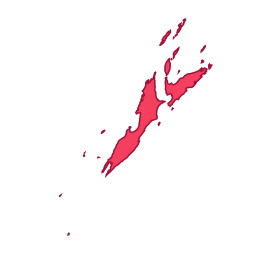 outline of Ko Yao, Phangnga, Thailand, rotated 38°
{"feature_id": "78962969B39979274143767", "entity_name": "Ko Yao", "entity_type": "district", "adm_level": 2, "iso_a3": "THA", "parent_name": "Thailand", "parent_adm1": "Phangnga", "projection": "equal_earth", "projection_center": [98.565, 7.992], "detail": "fine", "context": "isolated", "style": "filled", "palette": "rose", "viewbox_px": 256, "rotation_deg": 38, "n_neighbors": 0, "source": "geoboundaries", "source_scale": "gbopen_adm2", "svg_char_len": 5821}
<svg xmlns="http://www.w3.org/2000/svg" viewBox="0 0 256 256"><g transform="rotate(38 128 128)"><path d="M116.9,70.8L115.7,67.3L115.2,67.2L115.1,68.0L117.4,73.7L117.1,75.1L116.3,74.9L116.2,75.2L117.2,78.2L116.4,79.4L116.3,80.6L115.6,81.0L115.2,80.4L115.0,79.3L115.6,78.6L115.2,78.2L115.1,77.5L114.4,77.6L114.2,78.9L113.9,79.3L114.1,80.0L113.9,80.7L114.2,81.4L115.1,82.4L116.2,84.7L116.8,88.6L116.3,89.7L116.6,90.1L117.9,90.1L119.5,91.6L120.0,91.5L120.3,92.5L120.6,92.1L120.8,92.5L120.4,93.0L120.6,93.4L119.2,92.9L119.0,93.6L120.3,95.7L120.5,97.0L121.0,97.8L121.5,97.7L122.2,96.6L122.8,97.5L122.3,98.6L121.6,98.8L121.8,100.7L122.8,102.1L122.6,103.3L123.9,106.8L124.2,107.2L124.7,106.9L125.0,107.4L124.3,109.0L124.8,111.2L126.0,111.6L126.8,109.9L128.3,108.4L128.7,108.4L135.5,120.0L135.9,121.5L135.9,124.0L135.5,125.9L134.2,128.8L132.0,129.7L130.0,127.9L128.9,129.1L128.7,130.5L129.0,131.6L130.2,133.8L130.9,136.8L129.2,141.6L128.6,144.1L129.4,146.7L129.4,148.4L130.2,150.2L130.8,154.7L131.9,156.5L131.9,158.0L133.2,161.5L133.0,162.0L132.6,162.1L132.7,164.0L132.2,164.4L132.0,165.3L132.8,166.8L132.6,168.2L133.0,172.4L134.2,175.2L134.9,175.3L135.2,174.6L135.1,172.8L134.3,166.9L135.1,165.4L135.9,166.5L136.5,166.8L136.4,167.3L136.7,166.5L137.4,165.6L137.8,167.4L138.3,168.5L138.4,169.7L139.3,171.0L139.8,172.4L138.9,173.2L138.9,174.3L139.5,175.8L139.7,178.0L140.1,178.9L140.6,174.8L141.1,173.4L141.0,172.3L141.5,169.1L141.5,166.3L142.9,162.5L143.4,158.2L144.1,157.8L144.0,156.9L144.5,154.4L144.8,154.1L145.5,151.4L145.4,148.7L146.5,141.4L146.1,139.0L146.3,137.2L146.0,134.2L145.1,131.4L144.2,132.1L144.0,130.9L143.3,130.0L143.3,129.2L142.7,128.5L142.7,121.0L142.6,119.7L142.1,119.7L141.9,119.3L141.4,115.4L141.5,113.8L141.9,112.6L141.9,111.5L141.6,110.9L142.2,108.8L142.0,107.7L141.4,107.1L142.2,107.6L145.1,102.9L143.7,100.7L142.5,100.3L139.7,96.3L138.6,92.3L138.8,89.4L140.5,85.1L141.2,83.9L139.7,85.0L138.7,85.3L136.6,87.3L135.2,87.6L134.4,87.3L134.3,87.6L133.9,87.2L132.5,87.1L131.1,86.3L128.9,84.2L128.1,82.9L125.7,81.6L123.9,78.6L123.3,78.4L122.7,77.3L121.9,77.0L121.4,75.7L120.6,75.3L119.9,74.0L118.8,73.4L118.2,72.2L116.9,70.8ZM154.3,33.4L153.8,33.0L151.2,33.7L151.1,35.1L151.8,36.1L150.8,38.3L150.0,38.1L150.1,37.0L149.9,35.7L149.6,35.3L149.1,35.3L148.7,39.2L146.2,43.4L143.5,47.0L141.7,48.8L140.6,51.7L140.4,54.9L139.2,56.0L138.6,57.1L138.6,62.4L138.2,64.3L137.0,66.3L136.2,66.4L134.7,65.8L133.6,68.4L132.7,68.6L131.3,68.1L130.5,67.0L128.2,65.7L127.7,66.0L128.9,68.7L132.5,72.6L133.6,74.4L135.6,75.7L136.4,76.9L137.8,77.1L138.6,77.8L140.2,75.0L141.8,74.5L142.5,75.7L143.1,75.5L144.5,77.0L145.0,78.3L145.2,80.3L144.4,84.0L145.6,85.0L146.9,84.7L147.8,85.1L147.8,84.1L148.3,82.4L148.0,81.3L148.1,78.8L147.9,76.7L149.3,74.6L149.8,74.4L150.3,75.1L150.1,73.6L149.7,73.0L149.8,71.1L150.3,68.2L150.9,66.9L150.7,64.5L151.4,62.6L150.9,62.0L150.4,62.3L149.6,62.0L149.4,60.9L149.8,59.7L150.5,59.4L150.9,58.6L153.2,56.8L153.8,55.3L154.0,51.6L153.5,51.3L152.9,51.8L152.6,51.5L152.6,50.8L152.1,50.8L152.1,50.4L152.9,49.6L153.7,49.9L153.6,48.8L154.2,47.1L154.1,46.2L154.7,42.4L153.6,43.0L153.0,42.3L153.6,41.5L153.3,40.8L153.3,40.3L154.0,39.9L153.8,39.6L153.9,38.7L154.5,37.9L155.1,38.2L155.5,37.1L154.9,36.3L154.3,36.6L154.2,36.3L154.2,35.5L154.8,35.7L155.0,35.1L154.6,34.9L154.2,34.0L154.3,33.4ZM117.9,48.1L117.7,48.6L117.8,52.8L119.2,56.7L122.2,60.4L125.2,62.0L125.8,62.8L126.0,62.8L125.8,62.4L126.1,60.7L125.4,58.2L125.3,57.2L124.6,55.7L123.6,53.9L121.4,51.0L119.4,50.0L117.9,48.1ZM102.6,26.6L101.7,25.6L101.8,26.3L101.2,27.1L101.3,26.2L100.8,26.3L100.3,28.5L100.4,30.2L100.9,31.2L100.4,32.7L100.1,34.8L100.6,36.4L100.6,37.4L101.2,37.8L101.8,38.8L101.6,40.0L102.1,41.9L102.1,43.6L102.9,41.9L103.5,38.5L103.4,37.1L102.6,37.0L103.2,36.3L102.8,35.0L102.9,34.0L102.4,32.9L102.8,29.1L102.2,28.0L102.6,27.5L102.6,26.6ZM119.3,42.7L119.9,42.3L120.0,39.0L119.4,35.0L118.7,33.7L117.6,39.8L118.0,41.3L118.8,42.5L119.3,42.7ZM107.8,15.7L107.7,14.1L106.6,15.1L107.0,18.7L106.7,19.4L107.8,22.5L108.3,22.8L108.6,22.5L108.9,21.5L108.4,17.5L107.8,15.7ZM155.2,26.8L154.3,27.5L153.8,29.5L154.0,30.1L155.5,31.5L155.8,31.3L155.9,29.9L155.9,29.3L155.1,28.5L155.5,27.2L155.2,26.8ZM138.7,22.8L139.1,21.0L138.9,16.7L138.3,15.8L137.9,16.8L138.4,19.2L138.0,21.6L138.7,22.8ZM146.2,28.7L145.0,28.7L144.7,29.5L145.1,29.7L145.7,31.3L146.5,30.2L146.7,29.4L146.2,28.7ZM105.7,7.5L105.2,8.9L105.5,9.3L106.5,9.0L107.4,12.4L107.9,13.0L107.9,11.6L107.4,11.1L106.8,8.6L106.1,8.8L105.7,7.5ZM110.3,148.4L111.0,146.7L111.3,143.8L110.4,145.2L110.0,146.7L110.1,148.3L110.3,148.4ZM106.1,14.7L105.4,13.1L105.3,13.6L105.0,13.7L104.7,15.5L104.7,16.0L105.2,16.4L105.6,16.5L106.1,15.7L105.6,15.5L106.1,14.7ZM135.4,176.3L135.1,175.8L134.1,176.6L134.3,177.8L135.0,179.0L135.5,178.2L135.3,177.6L135.4,176.3ZM150.5,106.3L149.9,104.2L149.5,104.1L149.2,104.8L149.5,105.3L149.5,106.3L150.4,106.9L150.5,106.3ZM129.6,125.5L128.5,126.1L128.7,127.0L129.7,126.8L129.9,126.1L129.6,125.5ZM108.7,26.4L109.3,24.2L108.6,23.8L108.4,25.9L108.7,26.4ZM146.7,249.1L147.0,248.6L146.7,247.5L146.2,247.4L146.1,248.2L146.7,249.1ZM127.1,65.9L127.6,64.7L127.4,64.4L126.6,65.1L126.7,65.7L127.1,65.9ZM133.5,52.9L133.5,51.6L133.1,50.6L133.0,52.0L133.5,52.9ZM153.5,29.4L153.4,28.0L152.9,27.6L152.9,29.0L153.5,29.4ZM110.7,177.5L110.9,177.3L110.6,176.6L110.1,176.2L109.7,176.6L110.7,177.5ZM120.8,44.8L120.7,43.7L120.0,43.8L120.5,44.6L120.8,44.8ZM120.0,47.5L120.2,46.7L119.7,46.5L119.5,47.2L120.0,47.5ZM151.5,84.9L150.8,85.0L151.3,86.4L151.5,86.2L151.2,85.8L151.5,84.9ZM116.2,223.7L116.5,223.2L116.3,222.3L116.0,223.3L116.2,223.7ZM122.5,169.9L123.2,169.1L122.5,169.2L122.3,169.6L122.5,169.9ZM106.8,8.5L107.0,7.7L106.7,6.9L106.6,7.9L106.8,8.5ZM108.5,29.1L108.5,28.4L108.1,28.3L108.1,28.6L108.5,29.1ZM109.5,175.0L109.1,174.1L109.0,174.6L109.5,175.0Z" fill="#f43f5e" stroke="#9f1239" stroke-width="1.5"/></g></svg>